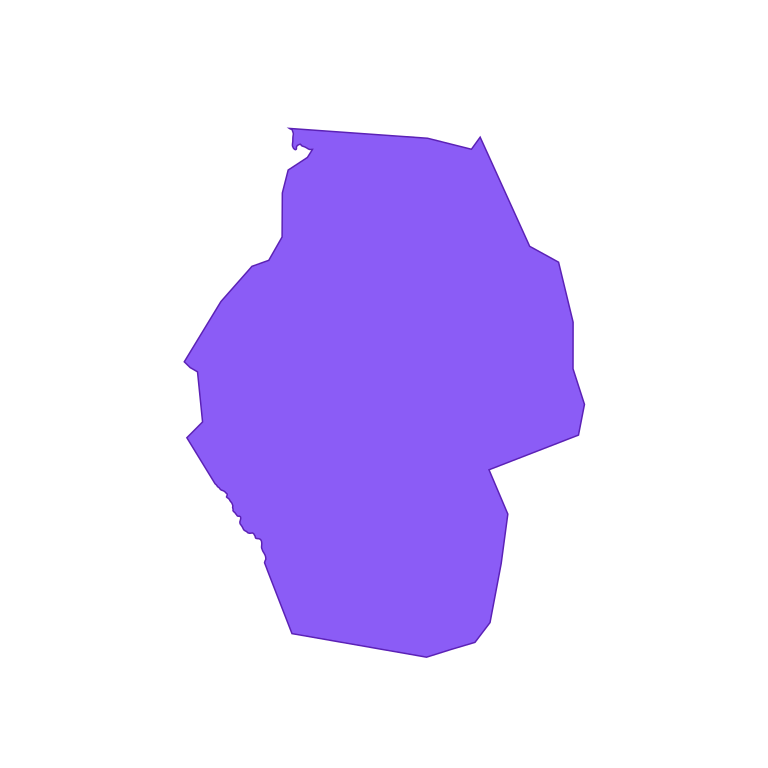 Jargalan, Govi-Altay, Mongolia, rotated 214°
{"feature_id": "93677404B58079754200585", "entity_name": "Jargalan", "entity_type": "district", "adm_level": 2, "iso_a3": "MNG", "parent_name": "Mongolia", "parent_adm1": "Govi-Altay", "projection": "albers", "projection_center": [96.049, 47.069], "detail": "fine", "context": "isolated", "style": "filled", "palette": "violet", "viewbox_px": 768, "rotation_deg": 214, "n_neighbors": 0, "source": "geoboundaries", "source_scale": "gbopen_adm2", "svg_char_len": 3135}
<svg xmlns="http://www.w3.org/2000/svg" viewBox="0 0 768 768"><g transform="rotate(214 384 384)"><path d="M320.7,125.6L196.0,181.3L179.9,201.5L164.1,220.7L162.7,245.5L186.4,300.6L208.6,345.4L249.0,371.6L194.2,450.4L206.4,479.2L235.8,502.3L261.8,541.0L307.4,582.6L340.2,579.6L442.3,642.4L442.8,627.5L485.3,612.1L605.3,543.0L604.7,543.0L604.2,543.1L603.7,543.2L602.9,543.4L602.2,543.3L601.6,542.8L601.2,542.5L600.5,542.0L599.6,541.3L599.3,541.0L599.0,540.6L598.8,540.3L598.2,539.0L597.6,537.8L596.8,536.5L595.2,534.0L594.0,531.6L593.1,530.3L592.5,529.8L591.8,529.4L591.0,528.9L590.4,528.7L589.6,528.6L589.2,528.6L588.8,528.6L588.5,528.7L588.3,528.9L588.2,529.1L588.0,529.6L588.2,530.2L588.4,530.5L588.7,530.8L589.1,531.6L589.2,532.0L589.2,532.7L589.2,533.4L588.9,533.9L588.6,534.5L588.4,534.9L588.2,535.2L587.5,536.0L587.0,536.0L586.5,535.9L585.9,535.5L585.3,535.5L584.9,535.6L584.2,535.7L582.6,536.2L581.0,536.4L579.9,536.5L578.7,536.5L578.1,536.6L577.3,536.7L576.5,537.0L574.5,538.5L574.4,537.0L574.4,536.7L574.4,536.4L574.2,529.0L583.1,507.8L575.1,485.5L550.7,448.9L548.7,422.1L559.3,407.7L559.9,402.7L565.3,361.2L562.0,290.7L553.8,289.2L545.4,289.8L513.2,251.1L517.4,229.2L515.2,228.2L468.2,206.8L467.1,206.7L466.2,206.5L465.4,206.2L464.9,205.9L464.2,205.8L463.4,205.8L462.6,205.8L461.8,205.5L461.2,205.3L460.7,205.1L460.2,205.1L459.6,205.1L459.1,205.2L458.4,205.4L457.6,205.6L456.8,205.7L456.2,205.7L455.5,205.7L454.7,205.4L454.2,205.3L453.5,205.3L452.9,205.1L452.4,205.0L452.3,204.8L452.0,204.5L451.7,203.6L451.6,202.8L451.4,202.3L451.0,202.2L450.9,202.2L450.4,202.1L449.9,202.1L449.4,202.1L448.7,202.1L448.1,201.9L447.2,201.6L446.8,201.3L446.1,201.0L445.5,200.8L444.9,200.6L444.1,200.4L443.7,200.2L443.2,200.0L442.7,199.6L442.1,199.2L441.4,198.7L441.1,198.2L440.9,197.9L440.7,197.5L440.5,197.0L440.1,196.7L439.7,196.3L439.2,195.9L439.0,195.6L438.8,195.3L438.4,194.6L437.8,194.3L437.2,194.1L436.4,194.1L435.7,194.0L435.0,193.7L434.5,193.5L434.4,193.4L433.8,193.4L433.0,193.1L432.5,192.8L432.1,192.7L431.6,192.7L431.2,192.7L430.7,193.0L430.0,193.6L429.6,193.6L428.9,193.7L428.3,193.3L427.7,192.6L427.3,191.8L427.3,191.7L427.0,190.9L426.8,190.3L426.4,189.1L425.8,188.3L425.3,187.8L424.6,187.4L424.0,187.2L423.3,187.0L422.7,186.7L422.0,186.5L421.5,186.2L421.4,186.2L420.6,185.7L420.0,185.4L419.2,184.9L418.8,184.8L418.4,184.6L418.1,184.6L417.6,184.6L417.0,184.6L416.4,184.7L415.3,184.8L414.6,184.7L414.1,184.5L413.8,184.5L413.5,184.6L413.0,184.7L412.4,184.9L411.6,185.3L411.1,185.8L410.7,186.1L410.1,186.7L409.7,187.0L408.9,187.0L408.3,187.0L407.5,186.6L407.0,186.3L406.6,186.2L406.3,186.0L406.0,185.8L405.7,185.7L405.4,185.5L405.2,185.2L404.8,184.8L404.2,184.5L403.8,184.5L403.2,184.7L402.7,184.9L402.0,185.3L401.4,185.7L400.9,185.8L400.5,186.0L399.9,186.0L399.3,186.0L398.4,185.6L397.6,185.1L396.7,184.1L396.2,183.5L395.4,182.2L394.5,180.6L394.1,180.0L393.5,179.4L392.6,178.8L391.7,178.1L390.7,177.5L389.6,177.0L388.7,176.6L387.6,176.0L386.7,175.5L385.7,174.7L384.6,173.5L383.9,172.4L383.8,171.5L383.6,170.6L383.1,169.0L377.5,165.1L377.4,165.0L377.3,164.9L320.7,125.6Z" fill="#8b5cf6" stroke="#5b21b6" stroke-width="1.5"/></g></svg>